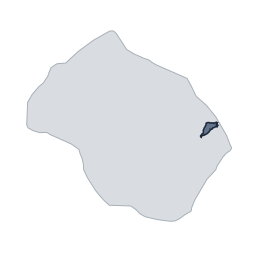 location of Tsa-le-Moleka, Butha-Buthe, Lesotho, rotated 82°
{"feature_id": "5366337B25108724147301", "entity_name": "Tsa-le-Moleka", "entity_type": "district", "adm_level": 2, "iso_a3": "LSO", "parent_name": "Lesotho", "parent_adm1": "Butha-Buthe", "projection": "mercator", "projection_center": [28.369, -28.789], "detail": "fine", "context": "in_parent", "style": "filled", "palette": "slate", "viewbox_px": 256, "rotation_deg": 82, "n_neighbors": 0, "source": "geoboundaries", "source_scale": "gbopen_adm2", "svg_char_len": 3760}
<svg xmlns="http://www.w3.org/2000/svg" viewBox="0 0 256 256"><g transform="rotate(82 128 128)"><path d="M171.5,175.1L163.9,177.5L162.8,177.7L158.0,177.2L151.5,177.7L146.4,179.1L142.4,179.5L135.9,186.5L124.2,205.2L121.1,209.1L120.2,216.4L117.5,222.2L114.1,226.8L110.9,227.9L101.1,226.1L88.5,223.8L81.3,218.1L74.8,210.7L71.3,205.3L67.8,202.3L66.5,200.7L61.4,198.2L59.5,196.9L57.8,196.0L55.8,192.4L54.5,189.3L55.0,180.6L51.4,175.5L45.3,166.7L41.4,159.5L36.1,149.6L32.8,141.2L29.4,132.5L29.9,128.8L33.1,126.3L42.5,121.9L49.9,118.5L55.1,112.3L60.9,103.1L63.7,97.6L66.5,95.0L69.5,91.1L74.8,82.5L80.7,72.9L87.1,62.6L95.1,59.6L106.0,56.1L116.5,47.2L129.0,39.6L149.1,31.4L158.5,29.3L162.1,28.1L164.4,29.7L166.8,34.4L170.2,38.3L178.1,45.1L181.5,46.8L189.7,56.9L198.5,63.9L208.6,71.9L215.5,75.9L219.0,77.0L222.0,84.1L224.9,89.4L226.6,94.4L226.2,99.2L223.0,111.0L218.4,123.1L214.6,128.2L210.1,131.3L205.6,136.1L203.9,145.8L201.9,157.3L196.1,162.0L191.6,165.1L185.3,168.9L171.5,175.1Z" fill="#d9dde1" stroke="#a8b0b8" stroke-width="1"/><path d="M147.3,56.8L146.9,56.8L146.8,56.7L146.6,56.7L146.4,56.6L146.3,56.4L146.2,56.3L145.9,56.1L145.9,55.9L146.0,55.7L146.1,55.4L146.0,55.1L145.9,55.1L145.9,54.9L145.8,54.7L145.8,54.4L145.8,54.2L145.8,53.9L145.7,53.8L145.8,53.8L145.8,53.7L145.7,53.5L145.7,53.4L145.5,53.2L145.4,52.9L145.4,52.6L145.3,52.4L145.3,52.2L145.2,52.1L145.1,51.9L145.1,51.7L144.9,51.4L144.8,51.2L144.7,50.9L144.7,50.7L144.5,50.3L144.4,50.3L144.4,50.2L144.2,49.8L144.2,49.7L143.8,49.4L143.7,49.3L143.7,49.2L143.6,48.9L143.5,48.7L143.4,48.6L143.2,48.5L143.1,48.4L142.9,48.2L142.8,47.9L142.7,47.8L142.4,47.8L142.2,47.7L142.0,47.4L141.9,47.2L141.6,46.9L141.4,46.8L141.1,46.7L140.9,46.7L140.7,46.7L140.8,46.5L140.8,46.3L141.0,46.2L141.1,45.9L140.9,45.7L140.7,45.6L140.6,45.4L140.7,45.2L140.8,44.9L140.7,44.8L140.5,44.7L140.4,44.7L140.2,44.6L140.1,44.3L139.8,44.2L139.7,44.2L139.6,43.9L139.6,43.7L139.7,43.2L139.5,42.7L139.5,42.4L139.4,42.1L139.2,41.8L139.1,41.7L139.1,41.4L139.1,40.9L139.0,40.5L139.1,40.4L139.1,40.2L139.0,39.9L139.1,39.7L138.9,39.7L138.9,39.8L138.7,39.6L138.8,39.6L138.8,39.4L138.7,39.3L138.4,39.4L138.4,39.1L138.2,38.8L138.1,39.0L137.9,39.1L137.7,39.2L137.7,39.3L137.5,39.2L137.4,39.1L137.3,39.3L137.2,39.4L136.9,39.5L137.0,39.8L137.2,40.0L136.8,39.9L136.7,39.9L136.4,39.8L136.3,39.7L136.1,39.5L135.9,39.5L135.7,39.5L135.4,39.4L135.5,39.3L135.6,39.1L135.4,39.1L135.3,38.9L135.2,38.9L135.1,38.7L135.0,38.8L135.0,39.0L134.9,39.2L135.0,39.3L134.9,39.5L134.9,39.8L134.8,39.7L134.7,39.7L134.6,39.8L134.8,39.9L134.8,40.0L135.0,40.3L135.0,40.5L135.0,40.8L135.1,41.1L135.1,41.3L135.1,41.5L135.0,41.8L135.0,42.0L134.9,42.1L135.0,42.2L135.1,42.3L135.0,42.5L134.9,42.8L135.0,42.8L134.9,42.9L134.9,43.0L134.9,43.3L134.8,43.5L134.8,43.8L134.7,43.9L134.7,44.0L134.6,44.3L134.5,44.5L134.5,44.8L134.5,45.0L134.6,45.4L134.6,45.5L134.5,45.8L134.4,45.9L134.5,46.0L134.4,46.1L134.4,46.3L134.2,46.4L134.2,46.6L133.9,46.9L133.9,47.0L133.8,47.4L133.8,47.6L133.8,47.8L133.7,47.9L133.8,48.2L133.7,48.3L133.7,48.5L133.8,48.7L133.9,48.8L133.8,49.0L133.9,49.4L134.0,49.7L134.1,49.8L134.3,49.9L134.3,50.0L134.7,50.2L134.9,50.2L135.0,50.2L135.3,50.2L135.4,50.3L135.5,50.3L136.0,50.5L136.3,50.6L136.5,50.8L136.9,51.3L137.0,51.4L137.3,51.4L137.4,51.5L137.5,51.6L137.9,51.8L138.0,51.9L138.1,52.1L138.3,52.2L138.4,52.3L138.5,52.3L138.7,52.6L139.0,52.7L139.1,52.8L139.5,52.9L139.7,53.1L140.1,53.4L140.4,53.6L140.6,53.7L140.7,53.8L140.9,53.8L141.0,53.8L141.1,53.7L141.8,53.9L142.5,53.9L143.0,54.1L143.5,54.1L143.8,54.5L144.0,54.7L144.0,54.9L144.1,55.0L144.2,55.4L144.3,55.8L144.5,55.9L144.6,56.0L144.8,56.0L145.0,56.2L145.2,56.3L145.4,56.5L145.6,57.1L146.0,57.3L146.1,57.2L146.7,57.2L146.9,57.2L147.0,57.2L147.3,56.8Z" fill="#64748b" stroke="#1e293b" stroke-width="1.5"/></g></svg>